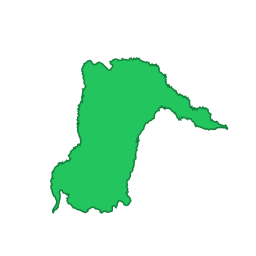 La Esperanza, Norte de Santander, Colombia, rotated 164°
{"feature_id": "7082276B65622442021238", "entity_name": "La Esperanza", "entity_type": "district", "adm_level": 2, "iso_a3": "COL", "parent_name": "Colombia", "parent_adm1": "Norte de Santander", "projection": "equal_earth", "projection_center": [-73.378, 7.696], "detail": "fine", "context": "isolated", "style": "filled", "palette": "green", "viewbox_px": 256, "rotation_deg": 164, "n_neighbors": 0, "source": "geoboundaries", "source_scale": "gbopen_adm2", "svg_char_len": 5863}
<svg xmlns="http://www.w3.org/2000/svg" viewBox="0 0 256 256"><g transform="rotate(164 128 128)"><path d="M32.8,99.6L32.5,100.2L33.3,103.8L34.6,103.5L35.8,103.9L36.5,104.7L37.7,104.5L38.5,106.1L40.0,106.9L40.3,109.2L41.2,109.9L41.8,109.4L43.1,109.9L44.6,111.8L44.7,112.5L45.9,112.0L46.3,113.4L45.8,114.8L46.0,115.8L45.6,117.0L44.6,117.8L44.7,118.7L46.2,120.4L46.6,122.5L45.9,123.2L47.1,125.1L48.0,125.7L48.3,125.1L49.6,125.7L49.5,126.5L50.3,127.4L50.9,126.7L52.1,126.7L53.1,128.3L54.4,127.6L55.6,127.7L56.7,126.5L57.4,128.2L58.3,128.7L58.1,127.8L58.9,128.2L59.4,127.3L59.8,127.8L59.5,128.2L59.7,129.0L60.4,128.3L60.2,129.3L61.1,129.5L60.8,131.1L62.1,130.5L62.0,131.4L62.9,132.2L61.9,133.9L62.1,135.7L61.3,136.8L61.3,137.8L62.5,139.5L62.2,140.6L63.5,140.3L64.0,142.3L64.8,141.8L65.1,142.0L65.0,142.7L66.5,142.5L66.7,144.2L67.5,144.5L69.0,146.3L69.5,145.7L70.6,145.5L71.0,147.5L71.9,147.9L71.5,149.2L71.6,150.5L72.0,150.9L73.2,150.8L73.4,152.3L75.1,154.4L74.8,155.4L77.1,155.8L77.2,156.3L76.6,157.1L76.8,157.9L77.3,157.3L78.4,157.1L78.0,158.5L78.8,159.2L79.1,161.1L78.6,161.7L79.2,162.7L78.1,163.7L78.4,165.8L77.4,166.2L77.2,168.9L77.7,169.3L78.8,167.7L80.4,171.4L82.1,173.1L82.3,175.2L81.6,176.6L82.1,178.0L81.7,179.0L83.1,179.4L83.0,180.8L83.3,181.5L84.0,181.3L84.3,180.3L85.2,180.6L85.4,181.5L86.2,181.4L86.8,182.4L87.7,181.6L88.0,182.7L89.7,182.3L90.0,185.1L90.7,185.0L91.2,186.0L93.6,186.5L95.1,187.8L95.9,187.9L96.2,188.7L98.1,190.3L98.0,191.4L98.3,191.9L99.3,191.6L100.3,192.8L101.7,191.9L102.9,193.4L103.8,192.3L104.9,192.2L105.4,194.2L107.5,194.2L108.2,193.2L109.5,193.0L110.8,194.4L111.8,194.4L113.7,195.3L114.0,196.2L114.6,196.2L115.1,195.0L115.5,194.8L117.7,195.4L119.8,197.2L121.7,197.8L123.3,197.6L125.2,196.6L126.9,196.8L127.0,194.3L125.8,193.3L125.5,191.7L126.9,190.3L127.8,190.0L128.6,188.7L130.6,188.8L135.2,197.1L136.5,197.8L137.5,199.2L140.1,198.8L141.2,198.0L143.6,198.6L144.3,199.5L145.3,202.9L146.0,203.3L147.0,203.0L148.0,203.5L150.6,202.1L152.5,201.9L152.7,200.6L153.7,200.2L154.9,198.4L155.8,198.0L156.6,195.2L155.8,194.3L156.9,192.9L156.7,191.6L156.0,190.5L157.3,188.8L156.9,186.2L157.8,183.3L157.1,179.3L159.4,177.7L160.0,176.8L160.9,177.7L160.9,176.2L162.6,172.9L161.9,171.7L161.7,170.7L162.5,170.3L163.0,171.4L163.5,171.3L164.2,169.3L164.1,167.6L164.8,167.2L164.5,166.0L164.8,165.2L166.0,166.2L168.1,163.3L169.1,163.6L169.7,163.1L168.9,161.6L169.0,160.9L169.9,160.7L170.0,159.2L170.9,159.8L170.8,158.2L171.4,157.7L171.3,156.3L172.3,155.1L171.3,153.8L172.1,152.8L172.9,152.7L173.6,151.7L173.5,150.6L174.6,149.9L174.4,149.1L173.6,148.8L174.4,147.7L173.7,146.7L173.8,145.9L174.7,145.5L174.7,146.7L175.5,146.4L175.8,145.1L175.0,144.6L175.0,144.0L176.5,142.8L176.3,140.6L177.0,140.0L177.3,137.8L176.6,134.3L177.2,133.9L176.5,132.8L177.0,131.5L176.2,130.4L176.5,129.4L177.1,129.1L176.7,128.0L177.4,127.5L178.0,125.9L178.9,125.5L178.7,125.0L179.0,124.5L179.8,126.0L180.5,126.0L181.2,125.3L181.2,124.6L181.8,124.3L184.2,124.1L184.3,122.9L185.8,123.8L186.0,122.4L188.5,121.9L189.2,121.0L189.9,120.8L190.0,119.7L192.9,117.8L192.1,116.1L192.2,115.1L191.6,114.3L192.8,113.9L193.5,112.6L194.4,113.1L195.1,112.9L196.0,113.8L196.7,112.8L197.4,113.0L198.5,112.3L199.5,112.0L200.1,112.3L200.4,111.8L201.3,111.7L200.7,113.0L201.4,112.7L202.3,113.2L203.2,112.6L203.6,113.4L205.1,112.8L204.9,111.6L205.6,110.8L207.0,111.1L209.7,109.5L211.6,106.9L211.7,105.7L212.1,107.0L213.4,105.8L213.4,104.2L214.3,102.4L213.9,100.6L214.4,100.9L215.5,100.4L215.8,99.2L217.0,98.5L216.6,96.4L217.0,95.5L216.7,94.8L217.6,93.3L218.1,93.4L218.3,91.4L218.7,90.4L218.0,89.0L218.5,87.8L218.1,83.1L217.1,81.9L216.6,77.1L218.2,74.1L222.8,70.0L223.5,67.7L223.1,67.2L221.5,69.3L219.5,69.5L217.0,71.2L216.3,73.4L215.1,74.6L214.6,76.0L212.6,79.6L211.7,82.6L211.6,85.1L210.4,86.6L209.6,86.9L208.3,85.8L208.5,85.0L208.2,83.6L205.6,81.9L205.4,80.8L204.6,80.5L204.0,81.3L203.0,80.4L204.0,79.2L204.8,77.2L205.3,76.9L206.1,77.2L205.8,76.3L206.6,74.9L206.2,71.7L205.1,71.4L203.9,70.2L202.6,66.4L200.7,65.6L199.5,64.0L197.7,62.7L196.9,62.8L196.3,61.8L192.7,58.6L191.3,58.6L189.3,59.4L189.6,60.4L188.9,60.7L184.1,61.8L182.4,61.2L181.7,59.5L178.5,57.8L177.3,56.1L177.9,55.0L176.9,53.7L175.4,54.0L174.8,54.7L172.8,54.4L171.7,53.1L170.3,52.6L166.7,52.5L165.9,53.0L164.8,56.8L162.7,57.3L161.4,54.8L159.4,57.5L159.1,58.7L157.6,59.6L157.2,60.9L156.0,60.4L153.4,58.1L152.9,56.8L152.9,55.5L151.0,54.0L148.9,54.1L145.6,57.0L145.3,57.9L145.7,60.7L146.3,61.4L146.2,62.1L147.1,62.7L147.0,64.8L147.8,65.8L146.9,66.5L145.5,66.5L145.9,68.2L145.1,69.6L145.5,72.1L145.3,72.6L144.5,72.8L144.0,76.4L143.0,78.3L141.7,78.1L139.5,80.5L138.7,82.0L138.2,84.4L136.6,84.8L135.1,86.1L134.4,88.4L133.5,88.9L132.2,91.3L131.9,93.0L131.0,93.9L131.1,95.4L128.7,96.5L128.8,97.9L128.1,98.7L128.7,99.6L128.0,100.3L126.8,103.3L125.4,104.3L125.5,106.5L124.1,107.8L122.8,109.9L122.8,111.4L123.8,112.4L123.8,113.0L123.1,113.3L121.6,112.2L120.9,112.8L121.1,114.0L122.3,114.5L122.1,115.6L121.6,115.7L121.0,115.0L120.4,117.1L119.5,118.4L118.1,119.0L114.8,122.1L113.3,122.6L112.4,124.5L109.6,127.7L108.7,127.9L107.8,127.4L106.2,128.8L103.2,129.1L101.7,130.1L100.3,130.0L98.7,134.0L96.5,135.8L95.6,135.9L94.7,136.7L93.2,136.2L93.1,138.5L90.9,138.6L90.2,139.4L89.8,138.0L89.5,139.3L89.1,139.4L88.3,137.3L87.6,137.5L87.5,136.7L86.7,137.3L86.7,136.4L86.1,136.9L84.9,136.1L84.2,136.4L83.1,135.2L82.3,135.4L81.1,132.3L79.5,130.4L79.4,129.4L78.5,129.6L77.5,123.7L76.6,123.2L76.9,121.9L76.0,122.1L75.1,121.3L74.8,122.2L73.5,123.7L72.7,122.5L72.1,122.9L70.9,122.7L69.6,121.1L68.9,120.8L68.6,119.9L67.3,120.6L66.3,119.7L65.0,119.4L64.4,117.2L62.8,114.9L62.5,113.8L62.8,112.6L62.2,110.7L61.1,111.5L59.9,109.9L58.7,109.4L53.8,105.4L52.5,105.6L50.5,103.8L48.6,104.4L46.5,103.1L44.3,102.8L42.6,103.8L41.7,103.4L40.3,103.6L39.1,102.8L37.6,102.7L36.0,101.8L34.5,101.6L33.5,99.9L32.8,99.6Z" fill="#22c55e" stroke="#15803d" stroke-width="1.5"/></g></svg>